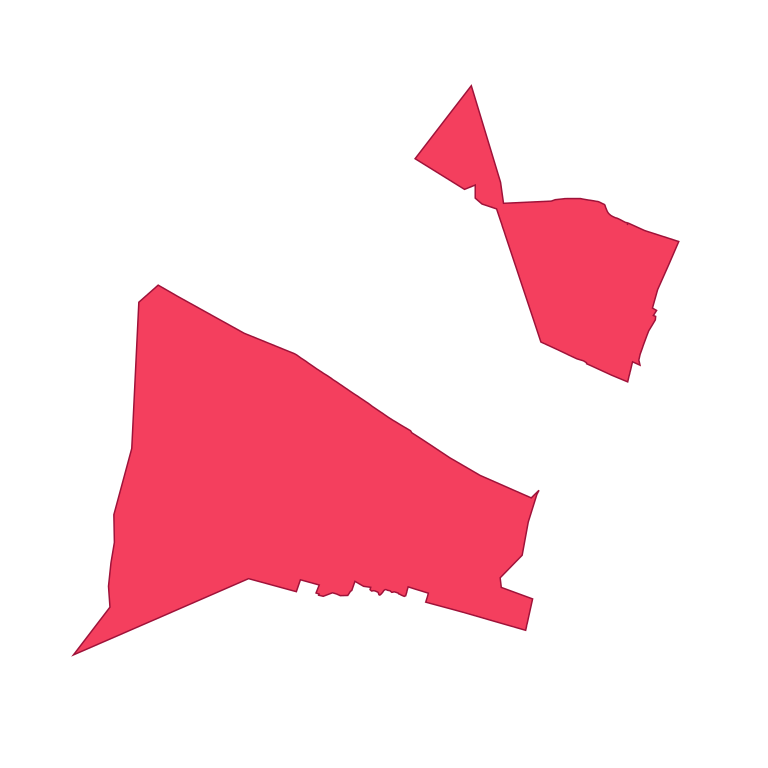 San Bartolo Coyotepec, Oaxaca, Mexico, rotated 187°
{"feature_id": "50627088B215944701539", "entity_name": "San Bartolo Coyotepec", "entity_type": "district", "adm_level": 2, "iso_a3": "MEX", "parent_name": "Mexico", "parent_adm1": "Oaxaca", "projection": "robinson", "projection_center": [-96.712, 16.934], "detail": "fine", "context": "isolated", "style": "filled", "palette": "rose", "viewbox_px": 768, "rotation_deg": 187, "n_neighbors": 0, "source": "geoboundaries", "source_scale": "gbopen_adm2", "svg_char_len": 3351}
<svg xmlns="http://www.w3.org/2000/svg" viewBox="0 0 768 768"><g transform="rotate(187 384 384)"><path d="M620.2,454.6L637.3,435.3L635.5,411.0L626.5,289.3L636.2,221.4L632.3,193.9L633.2,173.3L632.8,149.7L628.8,129.1L659.2,77.3L587.2,119.7L494.7,174.3L445.7,167.2L443.1,179.5L423.8,176.6L426.0,168.3L422.8,167.6L423.1,166.4L418.4,165.9L409.7,170.5L405.5,169.8L401.6,168.6L394.2,169.7L392.1,174.0L390.8,175.2L388.8,184.6L379.6,180.7L372.4,180.6L372.8,178.2L371.4,177.2L370.9,177.0L369.9,177.4L369.0,177.6L367.5,177.5L365.7,176.9L365.1,176.8L364.6,176.5L364.1,175.9L363.7,175.0L363.4,174.3L362.7,174.0L362.1,174.2L361.0,175.5L360.0,177.0L359.4,178.1L359.2,178.7L358.6,179.4L358.2,179.8L358.0,180.0L356.8,180.2L355.4,179.7L352.8,179.5L351.0,178.2L349.9,178.4L348.7,179.0L347.4,178.8L346.3,178.6L344.9,178.3L344.4,178.2L343.9,177.5L343.7,177.5L342.6,177.2L340.9,176.5L339.8,176.2L339.5,176.1L338.0,175.7L337.9,175.8L337.3,176.2L336.7,176.4L336.2,179.3L336.1,179.6L336.0,181.0L335.9,181.9L335.3,185.6L327.9,184.2L321.6,183.1L318.4,182.5L314.5,181.8L315.0,178.0L315.7,174.3L315.9,172.8L316.0,172.6L315.8,172.5L305.8,171.1L288.1,168.6L278.0,167.1L239.2,160.9L218.4,157.6L213.4,156.8L213.0,160.5L213.0,161.3L213.0,161.9L212.9,162.6L212.7,163.8L211.5,176.4L210.3,188.8L242.8,196.4L245.1,205.8L226.0,230.9L224.0,264.5L218.8,293.0L217.2,297.4L224.0,288.9L277.5,305.0L309.7,318.8L321.3,324.6L338.1,333.0L350.5,339.0L351.9,340.8L360.6,344.6L363.1,345.7L365.7,346.9L368.1,348.0L370.7,349.1L373.2,350.3L375.7,351.5L377.6,352.5L380.1,353.8L381.9,354.8L384.0,355.8L388.1,357.9L390.6,359.2L393.0,360.4L394.3,361.2L397.4,363.0L399.5,364.0L402.0,365.3L404.4,366.5L406.2,367.4L408.8,368.8L411.2,369.9L413.8,371.2L417.7,373.2L422.9,375.9L426.1,377.6L427.8,378.4L430.0,379.6L432.0,380.6L435.0,382.0L437.5,383.5L438.6,384.0L440.3,384.9L442.4,385.9L444.9,387.0L447.6,388.4L449.1,389.1L451.1,390.1L452.6,390.8L455.0,392.1L457.5,393.4L459.6,394.5L461.2,395.3L464.2,397.0L467.0,398.4L469.9,399.8L474.0,402.1L476.4,403.1L528.9,417.3L599.4,445.8L620.2,454.6ZM144.1,568.1L160.9,573.4L161.8,572.2L161.9,572.3L161.5,573.4L162.4,573.7L164.0,573.8L166.7,574.8L169.0,575.7L171.3,576.5L173.3,577.1L174.3,577.1L175.8,577.6L177.4,578.1L179.3,578.9L180.7,579.8L181.9,580.7L183.2,582.2L184.0,583.5L184.8,585.0L185.5,586.2L186.3,588.0L186.8,588.8L187.5,589.2L189.2,589.7L191.1,590.4L192.6,590.9L193.9,591.2L195.6,591.2L198.6,591.4L201.7,591.5L203.3,591.5L209.3,591.8L211.6,592.0L222.2,590.7L226.8,590.1L227.0,590.1L227.9,589.8L236.5,587.8L240.3,585.9L287.4,577.9L292.9,598.4L333.7,690.7L350.3,662.7L380.6,611.4L327.8,587.0L317.7,592.6L316.1,579.6L308.7,574.6L293.6,571.5L289.9,563.8L287.9,559.6L286.7,557.2L285.8,555.1L284.9,553.2L283.7,550.8L282.8,548.9L281.8,546.7L277.9,538.5L268.3,518.3L267.9,517.5L261.7,504.4L243.8,466.8L233.4,444.8L233.1,444.7L217.7,439.8L205.0,435.6L204.9,435.5L195.6,432.5L188.8,431.3L185.6,429.8L185.4,428.8L180.5,427.3L159.2,420.5L142.4,415.8L142.0,419.2L141.8,421.4L141.4,424.0L141.3,425.6L141.0,427.4L140.7,430.2L140.3,434.0L140.1,435.6L140.0,436.3L132.2,433.9L133.5,437.6L134.0,438.7L133.8,440.5L133.4,444.7L132.0,450.8L131.4,453.8L128.9,464.4L127.7,469.1L125.2,474.6L122.5,480.7L122.6,484.2L125.0,484.8L122.4,490.2L126.8,492.1L123.9,511.0L115.8,537.5L108.8,561.3L138.4,567.0L139.6,567.2L144.1,568.1Z" fill="#f43f5e" stroke="#9f1239" stroke-width="1.5"/></g></svg>